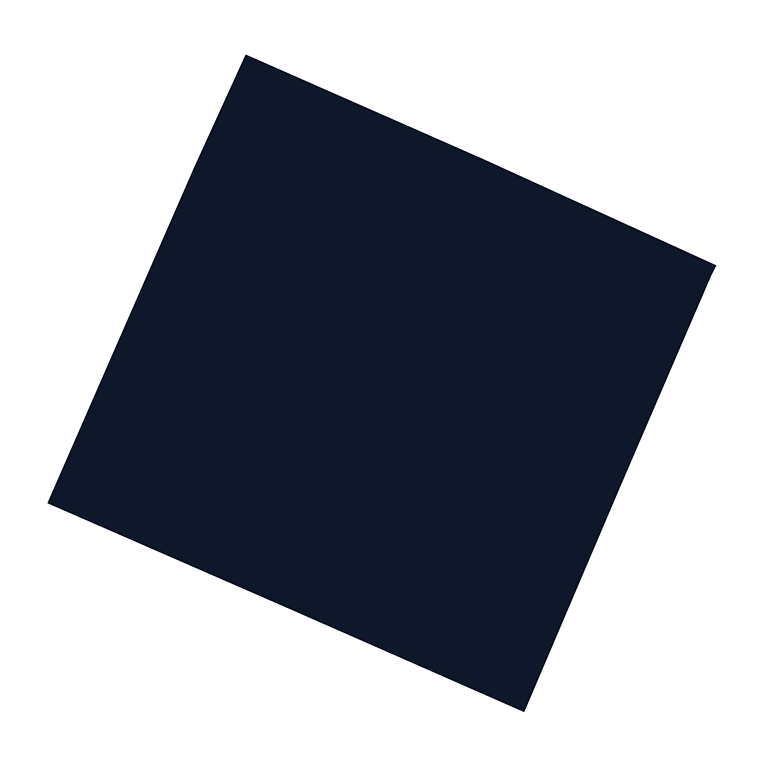 Kalamazoo, Michigan, United States of America (Natural Earth projection), rotated 24°
{"feature_id": "52423323B79129460570893", "entity_name": "Kalamazoo", "entity_type": "district", "adm_level": 2, "iso_a3": "USA", "parent_name": "United States of America", "parent_adm1": "Michigan", "projection": "natural_earth1", "projection_center": [-85.49, 42.245], "detail": "fine", "context": "isolated", "style": "filled", "palette": "ink", "viewbox_px": 768, "rotation_deg": 24, "n_neighbors": 0, "source": "geoboundaries", "source_scale": "gbopen_adm2", "svg_char_len": 302}
<svg xmlns="http://www.w3.org/2000/svg" viewBox="0 0 768 768"><g transform="rotate(24 384 384)"><path d="M638.6,141.2L380.6,138.9L368.8,139.0L124.3,140.0L123.2,263.8L125.7,629.1L384.3,627.2L644.8,626.0L640.9,383.0L638.1,151.8L638.6,141.2Z" fill="#0f172a" stroke="#020617" stroke-width="1.5"/></g></svg>